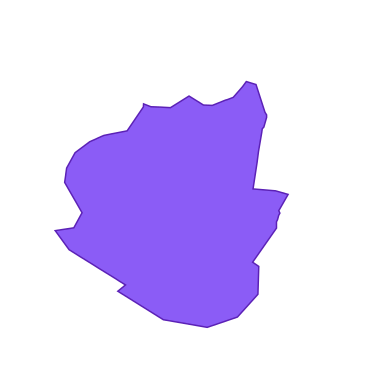 the district of Kings, New York, United States of America, rotated 39°
{"feature_id": "52423323B42930074476451", "entity_name": "Kings", "entity_type": "district", "adm_level": 2, "iso_a3": "USA", "parent_name": "United States of America", "parent_adm1": "New York", "projection": "mercator", "projection_center": [-73.962, 40.654], "detail": "fine", "context": "isolated", "style": "filled", "palette": "violet", "viewbox_px": 384, "rotation_deg": 39, "n_neighbors": 0, "source": "geoboundaries", "source_scale": "gbopen_adm2", "svg_char_len": 1015}
<svg xmlns="http://www.w3.org/2000/svg" viewBox="0 0 384 384"><g transform="rotate(39 192 192)"><path d="M164.7,72.0L165.0,78.3L164.5,92.5L161.3,98.0L160.2,99.5L153.3,111.9L146.2,117.2L129.3,119.3L122.2,140.0L113.9,146.0L106.4,151.6L98.9,154.0L100.7,156.5L103.1,185.3L94.3,195.8L93.1,197.2L90.8,200.0L87.9,203.5L86.2,206.7L86.0,207.2L85.4,208.3L85.2,208.7L84.7,209.7L84.1,211.0L83.7,211.8L80.9,217.2L77.9,229.0L76.4,235.0L79.5,252.3L82.9,257.9L83.3,258.5L87.0,264.7L112.7,274.6L113.7,275.0L119.6,277.3L122.7,294.2L120.9,296.2L110.0,308.1L132.8,314.2L146.1,312.6L161.1,310.7L168.1,309.9L175.9,308.9L187.5,307.4L191.5,307.0L198.8,306.1L196.8,315.8L250.1,309.3L289.0,287.6L306.0,260.6L307.6,230.0L290.7,207.8L283.3,208.4L280.4,166.9L276.4,162.0L275.9,159.7L274.1,155.7L273.6,153.1L271.2,151.9L268.2,133.4L256.2,138.5L237.5,151.2L224.0,128.1L218.2,118.7L208.6,101.6L208.1,100.8L206.8,98.6L207.0,96.4L203.0,87.0L201.4,85.1L198.5,84.1L174.1,68.2L164.7,72.0Z" fill="#8b5cf6" stroke="#5b21b6" stroke-width="1.5"/></g></svg>